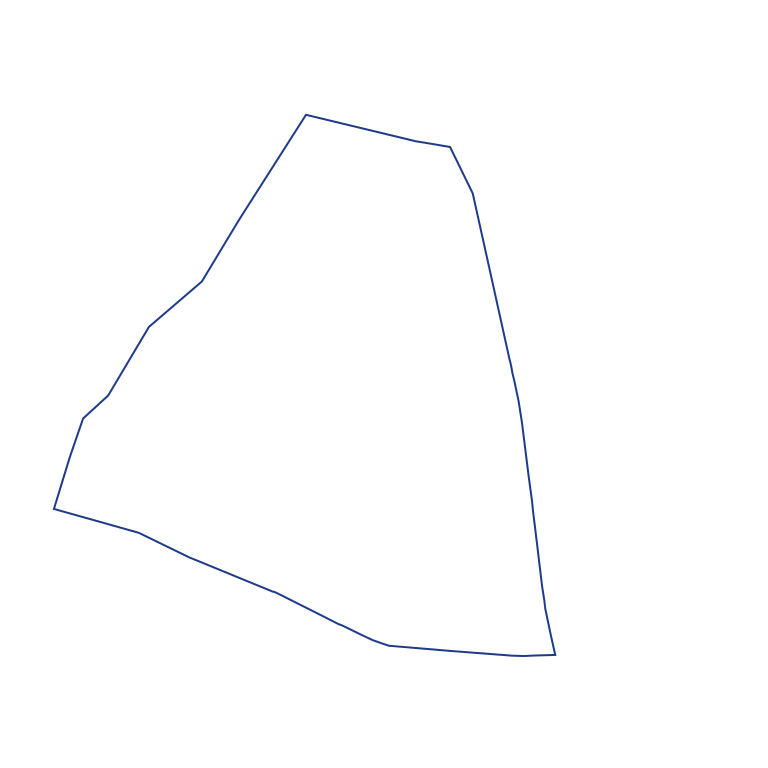 outline of San Miguel Chicahua, Oaxaca, Mexico, rotated 113°
{"feature_id": "50627088B2748566546395", "entity_name": "San Miguel Chicahua", "entity_type": "district", "adm_level": 2, "iso_a3": "MEX", "parent_name": "Mexico", "parent_adm1": "Oaxaca", "projection": "albers", "projection_center": [-97.191, 17.633], "detail": "fine", "context": "isolated", "style": "outline", "palette": "blue", "viewbox_px": 768, "rotation_deg": 113, "n_neighbors": 0, "source": "geoboundaries", "source_scale": "gbopen_adm2", "svg_char_len": 778}
<svg xmlns="http://www.w3.org/2000/svg" viewBox="0 0 768 768"><g transform="rotate(113 384 384)"><path d="M243.5,327.1L174.0,376.7L171.7,379.3L140.0,415.8L148.3,450.4L166.7,561.0L289.6,581.6L360.8,591.7L423.3,622.7L502.4,633.4L533.3,647.5L574.5,644.6L628.0,639.0L616.8,551.6L619.7,495.7L618.6,405.4L618.3,404.0L618.2,402.2L621.5,350.9L622.8,332.5L622.6,328.1L623.8,305.6L624.2,294.1L623.5,283.5L623.0,277.1L604.1,219.6L604.0,219.2L584.0,159.9L579.8,149.1L574.5,138.0L568.7,125.3L566.5,120.5L549.9,132.4L527.9,147.7L520.5,151.9L508.5,159.4L505.0,161.4L469.9,181.5L464.8,184.5L456.5,189.2L443.3,196.9L434.4,201.7L413.6,214.1L365.5,242.0L347.2,253.4L329.2,266.0L324.0,269.9L317.1,274.4L311.4,278.7L273.4,305.8L243.5,327.1Z" fill="none" stroke="#1e3a8a" stroke-width="2"/></g></svg>